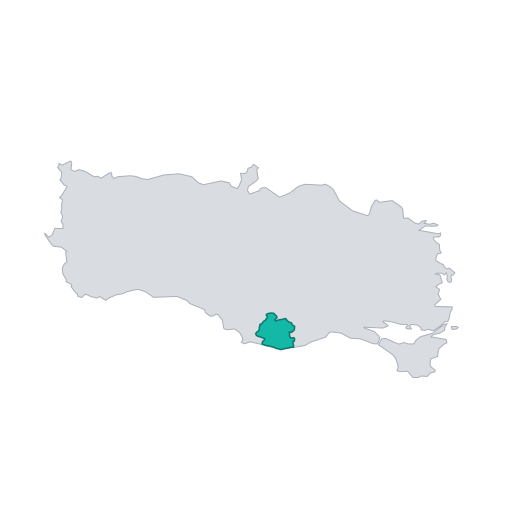 Turkey, with Kastamonu highlighted, rotated 191°
{"feature_id": "TUR-2270", "entity_name": "Kastamonu", "entity_type": "Province", "adm_level": 1, "iso_a3": "TUR", "parent_name": "Turkey", "parent_adm1": "", "projection": "mercator", "projection_center": [33.677, 41.441], "detail": "fine", "context": "in_parent", "style": "filled", "palette": "teal", "viewbox_px": 512, "rotation_deg": 191, "n_neighbors": 0, "source": "natural_earth", "source_scale": "10m", "svg_char_len": 4844}
<svg xmlns="http://www.w3.org/2000/svg" viewBox="0 0 512 512"><g transform="rotate(191 256 256)"><path d="M394.9,183.8L401.8,186.3L404.1,184.4L410.4,184.7L416.0,186.1L419.2,182.0L423.2,182.4L423.9,184.5L425.8,185.3L431.7,190.6L431.0,191.3L432.4,193.2L437.5,194.5L438.0,197.1L441.9,201.1L443.9,207.3L442.7,211.5L440.5,214.2L443.6,223.4L442.6,224.5L448.7,227.5L456.4,227.0L458.9,228.3L466.3,235.5L468.1,238.3L463.0,234.9L460.1,237.8L458.7,244.8L450.5,246.1L451.8,250.7L454.0,252.8L453.2,257.1L453.8,258.8L456.0,261.6L455.7,265.4L456.6,269.5L456.6,274.3L460.0,275.8L458.5,278.0L454.7,287.8L455.0,288.6L457.5,288.8L463.1,293.3L462.1,294.8L462.7,301.0L467.6,305.1L466.8,307.1L467.0,309.2L463.5,308.3L456.3,313.8L455.5,313.6L454.5,311.7L454.3,306.2L452.6,304.8L450.3,304.4L446.4,306.9L442.8,306.8L439.3,306.3L429.9,302.9L426.5,304.1L422.9,302.8L415.8,309.6L413.7,310.1L412.6,306.8L410.2,304.9L407.0,307.4L395.0,310.7L389.4,311.2L382.6,310.1L377.0,310.4L361.8,318.0L347.1,322.0L334.1,321.6L326.9,317.0L321.3,315.9L304.6,323.0L296.4,322.8L293.6,319.8L287.4,318.6L286.0,321.4L284.7,328.1L286.9,334.3L283.3,334.7L281.1,336.0L280.5,340.6L277.2,342.4L276.2,345.3L275.6,345.3L270.4,343.0L271.8,340.8L268.6,332.2L270.2,329.6L276.9,322.6L276.8,318.5L273.9,315.6L265.3,320.8L264.5,322.8L262.5,324.3L259.3,324.9L244.0,318.2L235.1,324.1L227.5,332.6L221.7,335.7L204.7,338.1L201.8,339.7L196.0,337.9L192.5,335.7L184.6,326.0L169.8,318.7L154.1,316.9L152.7,318.8L152.2,326.3L149.7,333.3L148.4,334.0L145.0,332.3L132.9,336.4L122.6,331.8L120.8,329.8L118.5,321.6L117.0,321.0L115.4,322.2L113.6,322.1L106.2,318.6L102.2,318.4L99.8,321.8L95.9,323.3L95.8,322.3L97.4,320.0L91.2,320.4L87.9,322.2L83.4,321.1L83.7,320.2L87.3,319.1L95.6,317.8L100.9,312.3L81.1,312.6L79.2,313.8L78.9,310.9L80.0,309.6L85.2,308.6L84.9,306.2L81.7,303.7L78.2,302.3L76.6,296.3L74.9,294.8L75.1,294.0L78.3,292.9L79.0,288.5L78.5,285.8L72.1,283.4L70.7,283.7L69.1,281.3L66.3,279.6L64.1,281.0L57.6,277.4L58.8,274.8L60.4,274.8L60.7,272.8L59.4,269.4L59.6,267.6L61.0,267.1L62.6,267.4L64.2,269.5L64.4,273.4L66.1,275.8L67.3,273.4L70.3,274.7L75.5,273.5L76.6,272.5L72.7,272.6L71.3,271.6L68.1,265.2L71.3,263.3L73.7,260.1L69.3,258.0L70.1,253.6L66.3,248.6L71.4,242.1L71.1,241.2L69.5,240.8L53.7,243.5L53.4,240.6L54.6,238.1L54.5,231.9L55.2,228.5L58.1,227.5L61.7,222.5L67.6,216.6L73.6,216.7L76.1,215.1L79.7,215.0L80.7,217.3L83.9,218.9L89.5,218.7L92.2,217.1L89.6,214.2L92.7,213.3L95.3,214.0L93.9,217.2L94.7,217.5L101.9,216.5L109.5,217.3L117.8,216.9L118.9,215.9L113.0,212.7L116.7,209.9L118.9,209.3L136.4,206.7L136.5,206.1L125.8,204.6L120.2,200.9L118.7,198.8L119.8,193.8L121.0,192.5L124.8,192.4L138.0,194.6L147.5,193.3L157.8,196.6L167.6,195.9L169.7,194.4L172.1,189.6L186.1,181.7L190.9,177.5L212.6,169.3L245.1,170.7L250.8,167.6L254.0,168.6L253.1,170.7L253.3,172.7L257.2,177.5L263.0,180.3L271.0,178.0L273.9,178.9L276.7,186.5L281.8,191.0L284.1,191.3L287.1,188.7L290.0,188.3L294.8,190.9L296.4,193.6L311.9,196.7L315.1,199.0L325.5,201.3L348.7,195.9L357.1,199.6L364.2,200.7L367.3,200.2L376.6,195.9L379.6,193.5L385.4,191.4L392.7,186.6L394.9,183.8ZM95.8,170.4L95.2,173.8L96.6,177.5L99.9,182.7L103.2,185.3L118.9,192.3L116.7,198.8L112.8,199.8L99.3,196.7L93.9,199.3L89.9,198.7L84.4,199.8L82.9,203.7L79.1,208.2L68.3,213.7L58.5,224.6L55.7,226.0L57.0,222.3L56.8,219.1L61.1,215.3L67.2,212.4L68.8,210.0L53.5,210.4L52.1,207.1L53.6,206.4L58.5,200.4L59.0,198.0L58.5,192.0L64.5,188.6L65.0,187.2L64.1,181.3L58.3,177.9L58.5,176.2L62.5,174.6L64.8,170.5L70.8,169.7L73.6,167.7L78.8,166.7L85.2,171.8L92.8,169.9L95.8,170.4ZM50.5,224.2L45.4,225.1L43.9,224.3L45.5,222.5L49.4,221.3L50.7,223.0L50.5,224.2Z" fill="#d9dde1" stroke="#a8b0b8" stroke-width="1"/><path d="M201.8,173.6L202.5,173.5L202.9,173.3L203.1,173.4L204.7,173.0L205.5,172.6L206.5,171.9L210.0,170.7L213.5,168.9L214.3,168.8L215.9,169.1L218.3,169.1L218.8,169.2L219.9,169.6L224.6,170.1L225.0,170.0L225.7,170.2L228.5,170.0L233.2,170.7L233.4,172.3L232.7,174.1L231.6,175.4L231.6,176.4L233.0,177.0L233.8,176.9L234.8,177.0L236.1,177.4L238.8,177.6L240.3,178.0L241.5,179.6L240.7,181.6L240.0,182.1L239.4,182.8L238.9,183.8L238.7,184.9L238.9,185.5L239.1,186.0L238.9,189.9L237.8,190.2L237.0,191.3L236.4,192.9L235.9,193.5L234.8,194.4L234.0,196.4L233.3,197.3L233.1,197.9L233.5,199.0L234.0,199.2L234.7,200.0L234.1,201.4L231.0,202.7L229.1,203.1L228.1,203.1L227.2,202.9L226.5,202.4L225.8,201.7L224.5,201.2L223.7,199.8L223.9,198.9L224.5,198.3L225.2,197.4L224.9,196.2L224.6,196.0L223.9,196.3L220.3,198.2L218.5,198.5L216.2,199.9L215.4,200.2L214.3,199.9L213.5,198.9L211.5,197.6L208.6,197.2L208.3,197.0L207.8,196.3L207.6,195.9L207.1,195.3L206.0,194.7L204.7,194.5L204.3,191.4L204.5,190.4L205.5,189.0L206.7,187.8L208.9,187.4L208.2,186.0L207.6,183.3L206.0,182.1L204.4,182.7L203.0,182.9L202.3,182.1L202.1,179.9L203.5,178.9L202.7,176.8L202.1,175.4L201.8,173.6Z" fill="#14b8a6" stroke="#0f766e" stroke-width="1.5"/></g></svg>